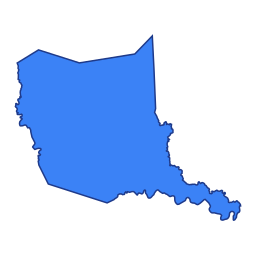 outline of San Francisco, Veraguas, Panama
{"feature_id": "35544464B34923513195419", "entity_name": "San Francisco", "entity_type": "district", "adm_level": 2, "iso_a3": "PAN", "parent_name": "Panama", "parent_adm1": "Veraguas", "projection": "orthographic", "projection_center": [-80.952, 8.301], "detail": "fine", "context": "isolated", "style": "filled", "palette": "blue", "viewbox_px": 256, "rotation_deg": 0, "n_neighbors": 0, "source": "geoboundaries", "source_scale": "gbopen_adm2", "svg_char_len": 5966}
<svg xmlns="http://www.w3.org/2000/svg" viewBox="0 0 256 256"><path d="M17.2,63.0L17.7,64.4L18.3,65.8L18.1,67.8L18.1,68.5L18.8,69.7L18.3,71.9L17.8,72.9L18.4,74.4L18.4,75.1L18.3,78.2L18.1,79.2L18.4,79.6L19.6,80.1L19.6,80.6L19.2,81.3L19.3,82.0L19.5,82.3L20.9,83.1L21.4,84.6L22.0,85.2L21.6,86.8L21.6,87.7L21.0,88.6L21.0,89.7L20.5,90.4L20.2,92.3L20.5,95.1L21.1,97.0L20.8,97.2L19.9,97.0L19.8,98.6L18.3,99.0L17.9,99.6L17.9,100.3L18.5,101.4L19.0,102.7L19.0,103.4L18.8,104.0L18.3,104.5L17.8,104.6L16.9,103.8L16.3,103.5L15.9,103.6L15.8,103.9L15.9,105.1L15.4,106.4L15.7,107.0L16.6,107.7L17.3,109.0L17.1,109.9L16.7,110.5L16.5,111.1L16.8,112.1L18.0,112.7L17.8,113.1L17.2,113.5L17.3,114.3L17.6,114.5L20.2,114.6L21.5,114.2L21.9,114.5L22.1,115.1L22.1,115.7L21.9,116.2L21.5,116.5L20.5,116.8L20.2,117.2L20.4,117.8L21.9,118.4L22.1,119.0L21.3,119.7L19.8,121.8L19.5,123.3L19.7,124.9L20.1,125.7L20.9,125.9L22.8,125.7L24.7,125.0L25.6,125.1L26.1,125.3L26.4,125.6L27.7,127.8L29.2,127.7L29.5,127.8L30.7,130.1L30.8,131.8L32.0,137.1L34.6,142.1L34.9,143.0L34.9,143.6L34.7,144.1L32.8,146.6L32.7,146.8L32.7,147.1L34.7,149.4L35.0,149.4L37.1,148.6L38.7,148.3L40.5,148.5L41.0,149.1L40.9,149.9L39.6,150.8L39.0,151.6L38.7,152.4L38.8,152.9L39.0,153.3L40.4,154.5L40.1,155.2L39.2,155.7L38.4,155.3L38.2,155.5L38.4,156.4L38.2,156.8L38.6,157.7L38.3,158.7L38.4,159.0L38.9,159.2L38.9,159.4L38.8,160.5L38.2,161.1L38.9,165.1L48.3,184.0L107.1,202.9L114.0,199.6L114.5,199.0L116.4,197.8L117.5,196.9L117.8,196.1L117.8,195.1L118.5,194.5L119.9,193.8L120.6,194.0L121.2,193.9L122.8,194.7L123.7,194.4L124.3,194.4L124.7,193.7L124.9,192.7L125.8,191.9L126.1,192.2L126.3,192.7L126.8,193.0L127.1,192.8L127.2,192.1L127.5,191.7L129.6,192.3L131.9,191.6L133.6,191.6L134.0,191.8L134.6,192.6L135.2,192.9L136.7,194.7L137.2,195.0L137.6,194.7L138.1,193.5L138.7,193.1L139.7,193.1L141.7,193.9L142.4,193.7L143.0,193.1L144.0,190.6L144.5,190.1L145.0,190.1L145.3,190.3L145.5,190.7L145.5,191.4L145.4,192.3L145.8,193.5L146.6,194.3L148.0,197.5L148.6,198.0L149.2,198.1L150.4,197.9L151.3,197.2L152.8,195.5L153.8,194.7L154.5,193.0L156.1,190.8L157.3,190.0L157.9,189.9L158.6,190.3L159.6,191.4L162.4,193.2L162.8,193.3L164.0,193.0L164.5,193.0L165.9,194.0L167.1,194.4L169.6,196.4L170.4,196.5L172.3,195.8L173.5,195.9L174.1,196.2L174.5,196.7L174.7,197.4L174.8,200.1L175.2,201.8L176.3,203.5L177.0,204.1L177.6,204.4L178.9,204.2L185.2,200.6L185.5,200.2L185.8,199.2L186.4,198.2L187.0,197.7L187.7,197.5L188.1,197.5L188.6,197.7L189.6,198.8L190.0,199.6L190.2,201.2L190.8,202.2L192.3,202.9L194.7,203.2L196.5,204.3L197.3,204.6L198.3,204.4L200.0,203.3L201.8,201.8L204.2,199.6L205.2,199.4L208.8,202.9L210.4,205.9L210.3,206.9L209.4,208.5L209.2,209.1L209.5,210.4L210.0,211.2L211.1,212.4L211.8,212.8L212.9,212.9L214.3,212.8L217.6,213.7L219.9,214.0L220.9,214.6L221.6,215.4L220.8,217.4L220.7,218.5L220.8,219.2L221.2,219.8L222.4,220.1L223.3,220.0L224.9,219.4L226.8,219.0L227.6,218.5L228.4,217.7L229.1,216.3L229.3,215.5L229.5,213.6L229.8,212.7L230.9,211.7L232.0,211.4L233.0,211.6L233.6,212.0L234.1,212.5L234.3,213.2L234.3,214.6L234.0,215.2L233.5,215.7L233.3,216.3L233.3,219.7L233.5,220.1L233.9,220.1L234.6,219.9L235.1,219.4L235.4,218.8L236.4,217.5L236.7,215.0L237.1,214.0L238.1,212.6L239.2,212.1L239.6,211.5L239.8,210.3L239.4,207.5L239.5,206.5L239.8,205.9L240.6,205.9L240.4,204.6L240.0,203.9L238.7,202.3L237.8,201.8L237.2,201.0L236.9,200.8L236.5,200.9L235.2,202.0L234.8,202.1L234.4,202.0L233.6,201.3L231.5,202.4L230.5,202.3L229.5,202.6L228.6,202.3L228.4,201.7L228.6,201.1L228.5,200.3L227.7,198.3L226.7,197.4L224.9,196.4L223.8,195.3L223.8,194.9L224.2,194.3L225.2,193.9L225.3,193.4L225.1,192.7L224.8,192.5L224.5,192.5L223.3,193.3L222.3,192.8L222.2,192.5L222.5,191.8L222.5,190.9L221.9,190.4L221.3,190.4L219.8,191.2L219.2,191.2L217.9,191.0L216.9,190.2L215.4,190.9L214.5,191.6L213.7,191.7L212.6,191.2L212.1,191.2L211.9,191.3L211.8,191.7L212.1,193.0L212.0,193.4L211.3,193.7L209.7,193.4L209.5,193.0L209.7,191.7L209.0,190.9L208.9,190.5L209.4,189.5L209.2,188.9L208.7,188.3L207.7,187.9L207.2,187.3L206.1,185.6L204.7,184.8L204.6,184.0L204.2,183.5L203.0,182.8L202.3,182.6L201.7,182.7L200.7,183.5L199.7,182.7L199.3,182.0L198.7,181.9L198.2,182.4L198.1,183.2L198.0,183.4L197.8,184.5L197.3,184.8L196.8,184.9L196.1,184.9L195.0,184.3L194.0,184.2L192.9,184.4L192.1,184.2L191.6,184.6L190.8,184.5L189.7,184.7L188.9,184.6L186.3,183.7L185.8,182.6L184.7,182.0L183.7,180.9L183.0,180.5L182.5,180.1L182.6,179.6L183.2,179.1L183.2,178.7L182.6,177.4L182.2,176.0L181.2,175.5L180.9,175.1L181.0,174.2L182.1,173.2L182.0,171.8L182.2,171.1L181.9,170.5L180.9,169.7L180.2,169.6L179.3,169.7L179.0,169.5L178.7,168.7L179.0,167.5L178.6,166.9L178.1,166.8L176.9,167.1L176.3,167.0L175.4,166.5L174.7,165.7L174.3,165.5L173.0,165.9L171.4,165.1L170.4,165.7L170.1,165.7L169.8,165.4L169.7,165.1L170.2,164.3L170.0,163.4L169.8,162.8L169.9,161.6L169.6,160.6L169.7,158.1L169.4,157.3L168.4,157.0L168.2,156.7L168.4,156.3L169.3,155.6L169.4,155.0L168.8,153.8L168.8,152.8L168.0,151.3L167.8,151.2L166.9,151.3L166.5,151.1L166.4,150.8L167.3,149.7L167.5,149.2L167.5,148.8L166.9,148.1L166.8,147.8L167.3,147.5L167.8,146.9L167.2,145.0L167.1,143.7L167.6,141.7L168.6,141.4L168.8,141.1L168.7,140.9L168.1,140.5L168.0,139.8L168.4,139.6L169.0,139.8L169.4,139.4L168.1,138.4L167.7,137.1L168.8,136.3L170.4,134.7L170.5,134.4L170.5,133.5L172.6,132.8L173.0,132.3L172.9,131.8L173.0,130.5L172.8,129.5L172.4,129.0L171.6,128.9L171.5,128.7L171.5,127.2L171.1,126.5L171.5,125.1L171.5,124.3L170.8,124.1L170.1,123.7L169.9,123.8L169.8,124.5L169.6,124.7L168.7,124.5L167.8,124.0L166.6,124.4L166.5,124.1L166.7,123.6L166.2,122.0L165.7,121.8L164.4,122.6L164.0,123.2L164.1,123.7L163.9,124.0L164.0,124.5L163.7,124.9L162.8,124.9L162.5,125.2L161.7,125.2L160.5,125.6L160.0,125.5L159.6,125.1L159.5,124.7L159.6,124.4L160.0,124.0L160.0,123.3L159.1,122.6L158.6,122.0L158.5,121.5L158.7,120.7L157.2,117.8L157.1,117.3L156.7,116.2L154.6,112.5L155.6,108.6L154.0,69.6L152.3,35.9L134.8,54.0L79.3,62.9L38.5,49.9L17.2,63.0Z" fill="#3b82f6" stroke="#1e3a8a" stroke-width="1.5"/></svg>